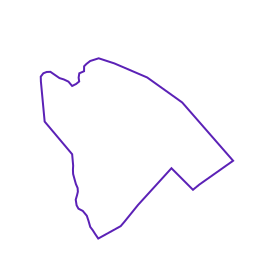 Boa Ventura, Paraíba, Brazil (Equal Earth projection), rotated 334°
{"feature_id": "56859067B42208765231208", "entity_name": "Boa Ventura", "entity_type": "district", "adm_level": 2, "iso_a3": "BRA", "parent_name": "Brazil", "parent_adm1": "Paraíba", "projection": "equal_earth", "projection_center": [-38.216, -7.424], "detail": "fine", "context": "isolated", "style": "outline", "palette": "violet", "viewbox_px": 256, "rotation_deg": 334, "n_neighbors": 0, "source": "geoboundaries", "source_scale": "gbopen_adm2", "svg_char_len": 734}
<svg xmlns="http://www.w3.org/2000/svg" viewBox="0 0 256 256"><g transform="rotate(334 128 128)"><path d="M167.4,91.0L144.0,63.9L132.2,52.5L128.1,51.9L123.4,51.2L118.7,52.2L115.6,53.3L113.4,57.7L108.2,57.5L105.7,61.1L104.5,64.8L100.6,65.7L96.2,65.7L94.8,60.2L91.6,56.2L88.3,53.1L85.2,47.6L82.9,43.5L79.5,42.0L75.9,41.7L72.1,43.6L70.1,48.0L55.9,85.7L66.3,127.1L62.2,137.8L60.2,141.4L58.5,145.3L57.4,151.1L56.6,155.5L56.4,159.9L55.0,163.3L52.7,166.1L49.6,169.5L47.9,175.0L48.1,178.8L51.0,182.7L52.5,188.9L51.8,194.1L50.7,200.4L51.5,204.4L52.0,208.8L52.8,214.3L78.4,213.0L83.7,210.7L103.4,201.5L134.1,189.3L149.4,183.2L159.3,212.0L167.4,210.1L208.1,203.5L187.9,128.8L167.4,91.0Z" fill="none" stroke="#5b21b6" stroke-width="2"/></g></svg>